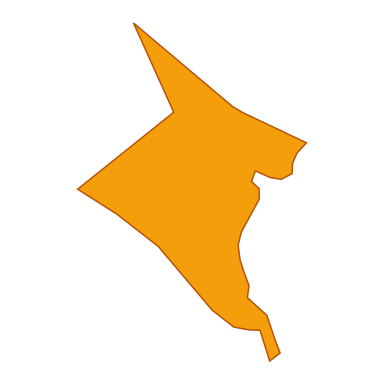 the district of Lucrécia, Rio Grande do Norte, Brazil
{"feature_id": "56859067B24912804909382", "entity_name": "Lucrécia", "entity_type": "district", "adm_level": 2, "iso_a3": "BRA", "parent_name": "Brazil", "parent_adm1": "Rio Grande do Norte", "projection": "natural_earth1", "projection_center": [-37.811, -6.105], "detail": "fine", "context": "isolated", "style": "filled", "palette": "amber", "viewbox_px": 384, "rotation_deg": 0, "n_neighbors": 0, "source": "geoboundaries", "source_scale": "gbopen_adm2", "svg_char_len": 526}
<svg xmlns="http://www.w3.org/2000/svg" viewBox="0 0 384 384"><path d="M306.4,142.8L242.3,112.4L232.5,106.5L133.5,23.0L173.7,112.2L146.9,133.7L77.6,189.2L116.9,214.2L158.0,246.2L212.0,310.0L233.8,327.1L249.0,329.9L260.0,330.3L269.7,361.0L280.1,353.0L274.9,339.4L266.9,315.4L247.4,297.7L249.0,285.7L243.5,270.8L240.1,260.0L238.1,245.1L241.4,231.9L259.3,199.1L259.1,188.8L251.5,181.4L255.4,170.9L270.1,177.5L281.2,179.3L292.0,173.7L292.6,163.1L296.9,153.2L306.4,142.8Z" fill="#f59e0b" stroke="#b45309" stroke-width="1.5"/></svg>